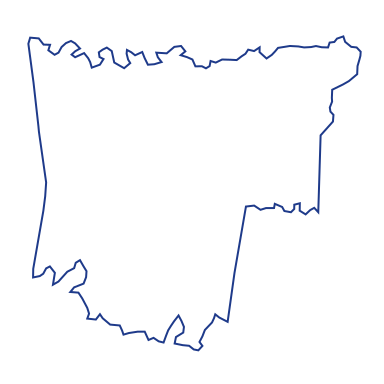 outline of Lindoeste, Paraná, Brazil, rotated 91°
{"feature_id": "56859067B27397769161931", "entity_name": "Lindoeste", "entity_type": "district", "adm_level": 2, "iso_a3": "BRA", "parent_name": "Brazil", "parent_adm1": "Paraná", "projection": "natural_earth1", "projection_center": [-53.566, -25.249], "detail": "fine", "context": "isolated", "style": "outline", "palette": "blue", "viewbox_px": 384, "rotation_deg": 91, "n_neighbors": 0, "source": "geoboundaries", "source_scale": "gbopen_adm2", "svg_char_len": 2251}
<svg xmlns="http://www.w3.org/2000/svg" viewBox="0 0 384 384"><g transform="rotate(91 192 192)"><path d="M85.1,352.4L129.0,346.7L134.4,346.1L185.0,338.0L194.7,338.5L198.8,338.7L213.4,340.3L271.6,349.4L280.2,349.4L278.7,342.7L276.3,339.3L270.9,336.5L268.9,332.8L275.2,327.7L287.1,329.4L283.9,324.0L273.9,315.3L270.2,308.5L264.8,307.0L262.1,302.8L268.3,299.1L273.0,296.1L279.0,296.4L285.5,298.8L289.4,308.2L294.1,311.9L294.6,303.8L300.3,299.9L309.7,294.7L315.4,292.8L320.4,294.5L321.2,285.9L315.8,281.9L319.8,279.1L326.0,271.5L326.7,261.9L331.7,259.5L335.8,258.0L334.1,252.6L332.6,243.9L332.5,236.8L340.7,232.9L338.5,227.9L341.9,222.7L343.0,217.8L335.8,215.3L330.7,213.4L326.2,210.7L321.6,207.7L315.7,203.3L321.1,200.3L327.0,197.7L332.7,198.3L337.3,205.5L343.8,206.7L345.3,198.6L345.8,192.2L349.4,187.5L350.2,182.9L345.7,178.9L341.8,181.9L336.2,179.1L329.7,176.7L322.1,169.7L317.8,167.8L313.9,166.6L317.0,162.6L321.2,154.1L272.1,148.1L205.6,137.8L204.5,129.6L208.6,123.2L206.8,117.8L206.6,109.7L202.4,109.0L205.4,101.6L209.4,99.3L210.5,92.7L207.2,89.5L202.9,89.5L201.4,84.0L208.8,84.0L212.4,78.0L208.0,73.5L205.7,69.5L210.0,65.4L133.1,64.4L119.1,52.3L112.4,51.9L109.2,55.0L105.1,55.7L99.2,53.5L95.4,53.8L87.3,53.6L81.9,43.0L78.4,37.1L71.3,28.9L63.2,28.7L56.6,26.9L52.9,26.0L48.8,25.8L44.6,29.9L44.1,35.3L39.2,41.5L33.8,43.4L36.1,49.7L39.5,52.3L40.2,57.0L45.1,58.5L45.0,64.8L43.9,70.6L45.0,75.5L45.5,82.4L44.6,88.3L44.3,96.7L45.4,102.8L46.4,108.5L50.0,111.4L53.5,114.6L57.2,119.8L51.0,126.9L46.2,126.9L50.0,132.4L48.7,138.3L52.9,141.0L55.4,144.7L59.3,149.6L59.1,155.5L59.0,164.2L62.2,170.5L60.7,175.7L65.8,176.6L68.1,180.2L66.1,184.3L66.3,190.8L59.5,193.9L57.2,199.4L55.4,205.7L51.5,201.1L46.2,205.5L47.2,212.2L53.8,219.7L53.3,230.1L57.9,228.5L62.6,224.7L64.9,231.9L65.5,238.3L58.9,241.7L52.9,244.2L56.3,251.3L53.3,255.2L51.1,259.5L54.8,259.8L60.7,258.2L64.2,256.0L69.4,262.0L63.9,272.0L52.5,274.7L49.1,279.7L51.2,283.8L54.0,287.6L58.7,286.8L60.6,282.8L66.3,286.3L69.4,294.4L63.9,296.1L60.1,298.1L55.0,302.3L59.3,311.2L56.7,314.8L53.3,311.2L50.5,306.5L45.4,311.5L43.1,315.6L45.3,320.6L49.3,324.9L55.0,327.9L57.2,331.8L52.8,338.1L47.3,336.5L47.2,343.0L41.1,347.9L40.5,356.5L46.6,358.2L85.1,352.4Z" fill="none" stroke="#1e3a8a" stroke-width="2"/></g></svg>